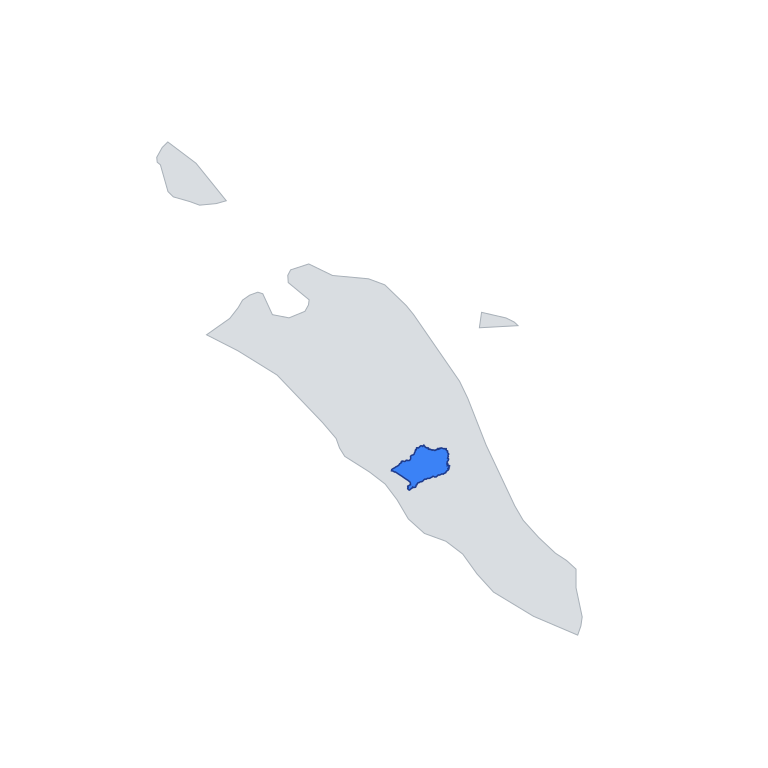 location of Lacluta, Viqueque, East Timor, rotated 68°
{"feature_id": "22284137B55605414153919", "entity_name": "Lacluta", "entity_type": "district", "adm_level": 2, "iso_a3": "TLS", "parent_name": "East Timor", "parent_adm1": "Viqueque", "projection": "robinson", "projection_center": [126.14, -8.806], "detail": "fine", "context": "in_parent", "style": "filled", "palette": "blue", "viewbox_px": 768, "rotation_deg": 68, "n_neighbors": 0, "source": "geoboundaries", "source_scale": "gbopen_adm2", "svg_char_len": 6024}
<svg xmlns="http://www.w3.org/2000/svg" viewBox="0 0 768 768"><g transform="rotate(68 384 384)"><path d="M271.9,530.1L265.4,502.4L258.5,490.5L253.2,483.7L251.3,475.3L251.6,466.6L254.9,462.6L277.9,461.5L287.1,447.3L287.0,430.1L282.4,424.4L277.9,421.9L254.1,434.8L247.2,432.5L243.2,427.8L244.5,408.8L264.1,391.1L280.7,358.9L292.4,346.1L319.6,334.0L330.6,330.6L409.8,312.9L428.7,311.7L478.9,312.2L546.0,308.4L562.6,306.0L584.2,298.1L605.0,288.5L616.1,280.8L627.6,275.3L644.9,282.3L674.2,287.5L682.1,292.1L689.4,298.5L655.4,332.4L618.0,360.4L595.0,368.9L571.2,374.7L553.0,385.5L537.7,402.5L518.2,412.0L496.1,415.3L477.2,420.4L460.2,430.4L436.4,447.5L426.7,449.2L416.6,448.8L396.8,455.4L335.6,479.8L298.5,507.0L271.9,530.1ZM78.6,493.8L108.9,475.6L155.0,461.6L153.9,471.9L149.1,488.0L142.2,495.6L131.6,509.2L124.7,512.2L97.0,509.2L93.4,511.2L88.7,509.8L81.6,501.0L78.6,493.8ZM380.1,237.9L367.6,274.5L354.1,266.7L368.5,246.1L375.4,240.0L380.1,237.9Z" fill="#d9dde1" stroke="#a8b0b8" stroke-width="1"/><path d="M467.3,409.6L467.6,409.1L468.0,408.4L468.9,407.6L469.5,407.4L469.8,406.4L472.2,404.8L474.8,403.0L476.7,401.6L477.0,401.5L480.2,399.4L482.1,398.0L482.8,397.6L483.1,397.5L483.3,397.3L484.0,397.0L484.3,396.8L484.7,396.6L484.9,396.6L485.5,396.6L485.9,396.8L486.5,396.8L487.0,397.4L487.3,397.3L487.3,397.5L487.3,397.9L487.3,398.0L487.3,398.3L487.6,399.4L487.6,399.6L487.5,400.0L487.6,400.3L487.8,400.4L488.2,400.3L488.4,400.4L488.6,400.4L488.7,400.5L488.8,400.4L489.1,400.4L489.5,400.9L489.6,401.1L490.0,401.3L490.6,401.0L491.0,400.9L491.7,400.5L491.9,400.2L491.9,399.8L491.7,399.5L491.5,399.1L491.4,398.5L491.0,397.2L491.0,396.6L490.8,396.4L490.7,396.4L490.5,396.2L490.9,396.1L490.9,395.8L490.8,395.4L491.2,395.0L491.3,394.3L491.5,393.8L491.5,393.4L491.2,393.0L491.1,392.8L490.8,392.7L490.6,392.6L489.8,392.1L489.7,391.1L489.2,390.9L488.4,389.8L488.4,389.4L488.5,389.2L488.4,388.8L488.5,388.6L488.6,388.2L488.6,387.9L488.3,387.3L488.3,386.8L488.4,386.3L488.6,385.8L488.7,385.7L488.5,385.4L488.7,384.8L487.9,383.1L487.6,382.5L487.5,381.9L487.6,381.4L488.1,380.7L487.8,379.3L487.8,379.0L488.4,377.6L488.6,376.8L488.6,376.6L488.4,376.2L488.3,375.8L488.3,375.3L488.4,374.8L488.2,374.1L487.9,373.6L487.9,373.4L487.9,373.2L488.0,372.9L488.2,372.7L488.8,372.2L489.1,372.0L489.2,371.8L489.4,371.5L489.4,371.0L489.5,370.7L489.7,370.3L489.6,370.1L489.4,369.7L489.1,368.5L489.0,368.4L488.8,368.1L488.7,368.0L488.7,367.9L488.8,367.7L488.8,367.3L489.1,366.9L489.3,366.6L489.2,365.3L489.0,364.3L489.1,364.0L489.2,363.7L489.4,363.5L489.6,363.1L489.8,362.8L489.8,362.6L489.4,362.2L489.5,360.8L489.4,360.6L489.2,360.3L489.3,359.8L488.8,359.5L488.2,358.6L488.1,358.3L488.1,357.6L487.9,356.8L487.5,356.7L487.3,356.6L487.3,356.4L487.2,355.8L487.0,355.5L486.7,355.4L486.5,355.5L486.6,356.1L486.6,356.3L486.4,356.4L486.2,356.4L486.0,355.5L485.6,355.0L485.5,354.5L485.4,354.4L485.3,354.5L485.0,354.5L484.3,354.7L484.1,354.2L483.8,354.7L483.9,354.9L483.9,355.0L483.6,355.6L483.4,355.1L483.2,354.9L482.9,355.5L482.7,355.6L482.5,355.2L482.4,355.1L482.1,355.2L482.0,355.4L481.8,355.6L481.7,355.6L481.7,354.9L481.6,354.7L481.4,354.7L481.0,355.0L480.8,355.0L479.9,354.7L479.3,353.8L479.0,353.2L478.8,353.0L478.3,352.7L478.0,352.3L477.5,352.2L477.4,352.2L477.1,352.5L476.7,352.9L475.7,352.1L475.6,351.8L475.5,351.6L475.4,351.5L474.8,351.5L474.2,351.4L473.9,351.2L473.4,350.7L473.2,350.2L472.3,350.5L471.7,350.6L471.2,350.8L470.9,350.7L470.1,350.1L469.8,350.2L469.6,350.4L469.4,350.6L469.2,350.8L468.7,351.0L468.2,351.0L467.9,350.9L467.7,350.7L467.4,350.6L467.4,350.8L467.5,351.0L467.5,351.3L467.4,351.5L466.7,351.6L466.6,351.8L466.6,352.3L466.4,352.7L466.2,353.3L465.8,353.5L465.7,353.6L465.5,353.8L465.3,354.2L465.0,354.4L464.9,354.5L464.7,354.9L464.9,355.6L464.6,355.7L464.5,355.8L464.4,356.0L464.7,356.2L464.8,356.9L464.7,356.9L464.6,357.1L464.8,357.0L464.8,357.4L464.8,357.6L465.0,357.6L465.0,357.8L464.7,358.0L464.8,358.3L464.6,358.5L464.4,358.6L464.5,358.9L464.4,358.9L464.2,358.8L464.4,359.7L464.5,359.8L464.5,360.0L464.5,360.4L464.5,360.6L464.5,360.9L464.5,361.3L464.8,361.2L464.8,361.3L464.7,361.5L464.5,362.1L464.3,362.2L464.3,362.3L464.1,362.4L463.8,362.5L463.7,362.7L463.5,362.9L463.4,362.9L463.6,362.9L463.6,363.0L463.4,363.3L463.5,363.7L463.5,363.8L463.4,363.9L463.4,364.1L463.1,364.1L462.9,364.5L462.7,364.7L462.6,364.9L462.4,365.0L462.1,365.3L462.1,365.5L462.0,365.8L461.8,366.0L461.6,365.9L461.5,366.1L461.5,366.4L461.3,366.5L461.1,366.8L461.1,367.0L460.8,366.9L460.8,367.0L460.6,366.9L460.4,367.0L460.2,367.1L459.8,367.0L459.7,367.5L459.5,367.8L459.2,367.9L459.2,368.1L459.1,368.6L458.8,368.7L458.7,368.7L458.4,369.2L458.2,369.3L457.9,369.5L457.6,369.4L457.2,369.4L456.9,369.6L456.6,369.7L456.5,369.9L456.2,369.9L456.1,370.0L455.6,370.0L455.7,370.3L455.8,370.4L456.1,370.5L456.1,371.0L456.0,371.3L456.2,371.5L455.8,371.7L455.5,372.0L455.4,372.3L455.4,372.5L455.3,372.8L455.2,372.9L455.1,373.0L455.1,373.4L455.2,373.7L455.4,373.9L455.4,374.1L455.5,374.2L455.5,374.4L455.7,374.7L455.9,375.1L455.9,375.3L456.0,375.5L456.2,376.0L455.4,377.3L455.4,377.7L455.6,377.8L456.1,378.0L456.5,378.4L456.9,378.7L456.9,379.0L456.7,379.2L456.8,379.4L456.9,379.5L457.2,379.2L457.3,379.3L457.5,379.9L457.6,380.0L458.1,380.3L458.3,380.5L458.7,380.8L459.0,381.3L459.3,381.6L460.0,382.1L460.3,382.4L460.4,382.6L460.5,382.9L460.6,383.5L460.5,384.4L460.5,385.0L460.5,385.3L460.7,385.8L460.9,386.4L461.4,386.7L461.8,386.8L462.1,386.8L462.5,386.9L463.1,387.2L463.5,387.5L464.4,388.8L464.4,389.1L464.3,389.3L464.1,389.9L464.0,390.5L463.7,390.9L463.3,391.1L463.0,392.0L463.5,392.7L463.6,393.6L463.6,393.8L463.4,394.2L463.0,394.6L462.9,394.8L462.6,395.5L462.2,396.0L462.3,396.6L462.5,396.6L462.8,396.5L462.9,396.8L462.8,397.4L462.9,397.5L463.1,397.6L463.4,397.5L463.6,397.8L463.7,398.2L463.8,399.2L463.8,399.4L464.4,400.1L464.6,400.3L464.8,400.9L465.0,401.3L465.0,401.5L465.1,402.2L465.3,402.9L465.2,403.4L465.2,403.8L465.7,405.6L465.7,406.5L465.8,406.7L465.9,407.7L466.0,408.2L466.2,408.9L467.3,409.6Z" fill="#3b82f6" stroke="#1e3a8a" stroke-width="1.5"/></g></svg>